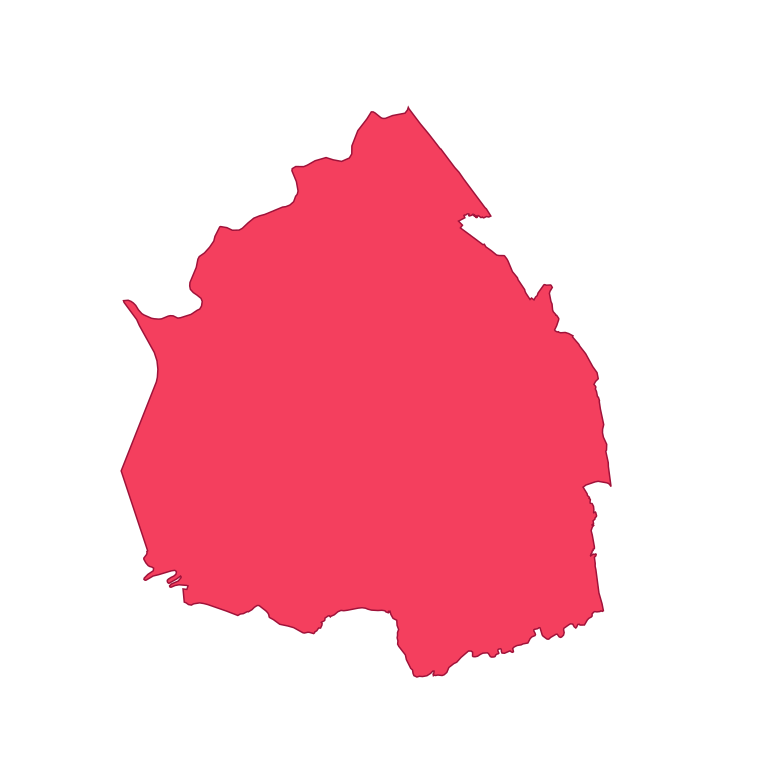 the district of Aninoasa, Dâmbovita, Romania, rotated 106°
{"feature_id": "2599482B19790994841582", "entity_name": "Aninoasa", "entity_type": "district", "adm_level": 2, "iso_a3": "ROU", "parent_name": "Romania", "parent_adm1": "Dâmbovita", "projection": "natural_earth1", "projection_center": [25.449, 44.974], "detail": "fine", "context": "isolated", "style": "filled", "palette": "rose", "viewbox_px": 768, "rotation_deg": 106, "n_neighbors": 0, "source": "geoboundaries", "source_scale": "gbopen_adm2", "svg_char_len": 6171}
<svg xmlns="http://www.w3.org/2000/svg" viewBox="0 0 768 768"><g transform="rotate(106 384 384)"><path d="M540.0,612.7L609.5,565.2L610.3,565.8L611.5,565.3L613.2,565.2L617.6,566.9L618.7,566.5L621.6,563.6L623.6,560.6L624.0,558.8L623.9,556.9L624.5,554.7L627.1,554.3L632.1,558.5L636.7,561.0L638.0,560.9L638.5,559.5L638.1,558.6L632.2,553.0L629.6,548.4L622.2,536.9L620.8,533.8L621.1,532.6L621.9,531.7L624.3,531.6L626.7,533.2L628.6,535.4L631.0,537.5L632.4,538.2L633.7,537.8L634.5,537.1L634.9,535.8L628.4,529.4L624.7,526.6L625.3,525.9L626.1,525.7L630.1,527.5L634.9,533.3L637.1,534.5L637.7,534.2L638.2,533.6L638.0,532.6L635.3,529.3L633.5,525.7L632.0,518.2L632.1,516.7L635.8,516.9L636.4,520.7L648.7,515.9L648.9,513.9L649.9,511.2L649.6,508.2L647.8,506.4L645.2,500.9L644.7,496.7L644.6,492.6L645.7,472.9L646.8,460.7L644.7,458.7L643.5,455.9L640.5,452.7L640.4,451.6L637.3,448.7L634.4,447.1L631.9,444.9L631.4,443.0L634.6,435.1L636.0,432.7L637.4,431.3L639.7,430.1L640.1,429.3L641.0,425.3L643.7,418.0L643.1,409.6L643.1,403.6L645.5,393.3L645.3,391.8L643.6,388.7L643.3,387.1L643.3,382.8L642.4,382.2L641.5,382.2L639.7,380.6L636.6,379.6L636.1,377.7L632.9,377.2L631.2,377.5L630.4,378.6L628.0,376.1L627.3,375.8L625.3,376.2L622.4,373.8L621.8,372.8L622.7,371.4L622.0,371.1L619.5,368.1L615.7,365.6L613.5,363.0L613.0,360.1L611.6,356.9L606.5,346.9L605.1,343.4L604.6,339.9L604.9,337.5L604.8,333.7L603.4,327.4L602.1,323.7L601.7,320.7L602.5,319.5L602.7,317.5L601.4,316.8L602.3,316.4L601.0,315.5L603.7,313.8L606.8,310.7L607.6,306.6L612.4,304.9L615.9,302.3L619.3,302.5L621.9,301.7L624.4,301.4L627.1,299.8L630.3,299.2L632.1,297.5L638.5,288.8L642.8,286.5L650.0,279.9L651.0,277.8L654.2,276.3L656.1,274.8L656.6,271.6L655.2,269.4L654.6,266.3L652.6,262.3L649.4,259.5L646.4,257.8L646.2,256.7L648.1,256.4L649.3,256.9L650.8,256.1L649.9,255.1L650.0,254.1L648.9,252.0L648.2,247.8L646.9,246.0L643.9,244.1L638.6,243.5L633.5,239.8L631.4,237.4L625.6,234.6L617.4,229.2L616.7,226.6L617.4,224.9L621.1,223.9L621.5,223.2L621.1,221.3L619.9,219.0L617.3,216.8L615.5,214.8L613.9,210.5L614.4,209.2L616.7,206.7L616.9,205.5L616.1,203.1L615.3,202.1L613.8,201.9L612.6,201.1L611.9,199.9L611.1,199.4L609.1,201.0L608.2,201.2L607.4,200.9L606.4,199.1L606.7,198.2L609.0,197.3L610.1,196.4L609.6,193.9L605.8,189.3L606.5,187.7L606.5,186.5L605.8,185.8L605.3,185.9L602.8,187.4L600.9,186.4L598.7,184.0L596.9,180.2L595.5,178.7L593.3,174.3L588.4,173.3L586.3,172.1L584.2,169.5L583.2,169.3L581.9,170.1L580.2,171.8L578.9,172.2L578.4,171.8L576.9,168.9L575.5,167.8L575.3,167.1L575.5,166.7L581.6,162.8L582.5,161.7L584.2,157.2L584.1,155.9L583.6,155.1L581.7,154.0L577.1,149.6L576.8,148.5L578.8,145.9L578.9,144.4L578.2,143.5L575.9,142.2L573.3,142.3L570.8,143.6L569.3,143.8L564.4,139.9L563.1,138.6L562.8,136.4L565.0,134.2L565.7,132.4L564.4,131.8L561.7,131.4L561.1,130.1L561.7,129.1L560.4,124.9L554.8,123.5L552.8,122.5L550.7,120.4L549.7,120.0L547.5,120.6L545.3,119.4L544.7,118.7L544.4,116.6L543.2,113.7L542.3,113.0L542.4,111.5L541.5,110.6L535.2,113.8L525.6,119.8L504.2,129.1L501.0,130.8L498.3,131.5L492.6,134.0L490.8,133.0L489.2,133.1L489.1,134.0L489.9,134.7L489.9,136.0L492.3,138.0L492.1,138.2L489.9,138.1L488.9,137.6L487.4,137.9L486.4,137.1L485.2,137.4L484.3,136.4L482.7,136.8L471.7,142.2L467.8,144.5L464.0,144.3L462.0,143.4L461.8,143.7L462.3,145.0L462.0,145.2L460.4,144.1L457.9,145.3L455.8,144.0L454.5,144.2L452.8,143.3L451.9,143.4L449.1,145.1L448.8,145.7L450.0,146.8L449.8,147.1L447.0,147.6L443.8,148.9L441.6,151.0L441.8,152.8L440.7,153.4L438.4,153.7L437.8,154.1L437.5,155.3L436.3,155.3L435.1,157.7L433.5,158.5L428.3,164.2L425.4,162.0L419.9,154.1L418.5,151.3L417.6,142.8L417.7,140.8L418.5,139.3L420.0,137.5L401.4,145.6L397.9,146.7L387.5,152.3L386.2,151.9L380.6,153.3L374.7,158.4L370.7,160.5L367.3,161.4L362.5,161.6L348.4,169.1L341.6,172.2L340.6,172.3L337.6,174.3L337.3,175.3L332.6,177.7L330.5,179.5L329.2,179.4L328.1,179.8L326.5,182.1L323.2,181.3L319.9,179.5L314.4,182.3L309.7,188.2L299.3,198.5L293.7,206.2L292.1,207.7L286.8,215.8L285.6,215.6L284.6,220.4L284.5,224.0L286.1,228.4L286.0,230.5L285.7,230.8L286.2,231.8L285.8,233.9L285.0,234.9L280.4,234.1L274.0,233.8L272.8,234.1L270.5,236.8L270.5,237.8L270.0,237.9L267.8,241.3L266.2,242.4L260.8,244.5L258.6,246.3L251.3,250.0L249.2,250.0L244.8,248.8L243.1,250.5L242.9,251.2L244.2,255.0L244.2,257.0L244.7,257.7L254.1,261.0L256.8,261.1L258.7,262.3L261.8,263.0L260.7,265.9L262.5,266.9L257.6,272.6L256.0,274.0L254.5,274.8L246.8,283.9L245.1,285.0L240.6,291.5L231.6,298.7L229.8,300.5L227.7,303.3L227.5,304.0L228.8,308.9L229.0,311.3L226.4,317.3L224.1,323.9L222.0,326.1L222.8,327.3L212.9,353.6L209.7,352.3L206.9,357.3L201.9,352.1L200.0,353.6L199.5,353.4L199.1,352.1L197.5,350.8L197.2,350.0L197.3,349.0L198.5,349.1L198.9,348.7L198.9,348.1L197.6,346.2L196.3,345.3L197.2,344.5L196.5,343.7L197.8,343.2L197.5,342.1L196.9,342.0L196.9,341.7L197.5,341.3L198.5,341.6L198.5,340.9L198.2,340.4L196.2,340.1L196.1,339.6L197.3,336.7L196.4,335.3L196.8,334.6L196.8,333.9L194.8,331.7L194.6,329.3L193.1,327.6L187.5,333.8L186.6,335.6L165.2,363.7L159.7,370.4L156.4,375.7L142.4,394.2L142.5,394.7L131.2,410.1L123.9,420.8L112.6,435.8L111.4,436.9L114.2,437.0L117.9,438.5L123.6,449.8L128.3,455.9L129.0,458.2L129.0,459.5L128.7,460.7L125.9,467.3L125.4,469.5L125.9,471.2L133.9,473.5L147.7,479.0L164.0,480.5L171.7,478.4L176.3,479.6L181.7,486.1L182.5,494.5L182.3,502.1L188.4,511.8L194.9,518.2L197.2,521.1L199.3,528.8L202.3,531.6L204.4,531.3L213.6,524.0L222.2,519.8L225.6,519.7L227.9,520.7L233.7,521.1L238.0,523.9L240.6,527.3L241.9,530.3L253.9,545.4L256.6,549.9L260.5,554.9L266.6,559.1L273.4,563.1L276.0,565.7L278.0,572.1L277.0,578.1L277.7,584.5L278.3,585.2L288.7,587.2L293.5,587.0L300.5,589.3L307.5,592.7L312.4,596.7L315.3,597.3L323.7,596.6L339.9,598.5L343.3,597.8L346.4,596.2L348.7,592.5L350.1,588.2L352.1,583.5L354.7,581.5L359.3,580.9L362.8,581.8L364.5,583.8L370.3,588.7L376.4,597.9L377.5,600.4L376.6,605.4L377.2,608.2L378.2,610.1L382.7,615.8L383.7,618.3L384.6,622.7L384.9,625.6L383.8,633.7L383.1,636.2L380.4,640.5L376.9,644.3L375.2,647.3L374.3,650.0L374.0,653.0L375.7,657.4L377.2,656.4L390.2,639.5L395.2,635.3L417.0,613.5L424.3,608.6L432.2,605.4L440.0,603.7L444.8,603.4L540.0,612.7Z" fill="#f43f5e" stroke="#9f1239" stroke-width="1.5"/></g></svg>